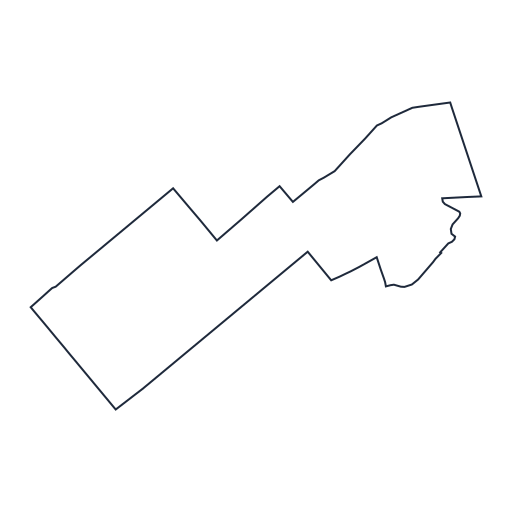 the district of Poroschia, Teleorman, Romania
{"feature_id": "2599482B54439114477168", "entity_name": "Poroschia", "entity_type": "district", "adm_level": 2, "iso_a3": "ROU", "parent_name": "Romania", "parent_adm1": "Teleorman", "projection": "albers", "projection_center": [25.313, 43.915], "detail": "fine", "context": "isolated", "style": "outline", "palette": "slate", "viewbox_px": 512, "rotation_deg": 0, "n_neighbors": 0, "source": "geoboundaries", "source_scale": "gbopen_adm2", "svg_char_len": 1131}
<svg xmlns="http://www.w3.org/2000/svg" viewBox="0 0 512 512"><path d="M143.4,388.2L144.2,387.5L307.7,251.7L331.2,280.3L339.7,276.6L345.7,273.7L350.6,271.4L359.1,267.0L369.9,261.0L376.7,257.2L380.7,269.4L384.0,278.7L385.1,282.1L385.9,286.4L390.5,285.2L393.9,284.7L400.9,286.7L404.5,286.9L411.9,284.5L418.1,279.5L433.0,262.2L435.5,258.8L441.2,253.0L440.2,252.3L448.3,243.4L451.9,241.8L454.4,239.3L455.1,236.6L451.5,233.8L450.8,229.0L452.6,224.4L458.1,218.3L459.8,215.7L460.2,213.4L459.3,211.7L444.9,204.1L442.8,201.7L442.2,198.3L467.2,197.0L481.3,196.4L451.9,107.8L450.2,102.5L433.3,104.8L418.8,106.8L412.3,107.8L391.3,117.3L381.7,123.3L376.9,125.5L365.0,138.7L350.0,154.2L334.7,171.1L323.8,177.7L318.8,180.3L314.1,184.3L302.1,194.3L292.9,201.9L279.6,186.2L278.4,187.2L273.4,191.4L267.2,196.6L241.0,219.7L216.9,240.5L200.3,220.4L188.9,207.0L173.1,188.3L113.6,237.8L93.4,254.6L81.0,264.9L76.9,268.4L55.7,286.7L52.2,288.0L49.7,290.2L41.5,297.6L30.7,307.2L33.5,310.6L45.8,325.3L55.9,337.5L64.7,348.0L66.7,350.5L70.0,354.5L72.0,356.9L72.6,357.6L115.7,409.5L133.5,395.8L143.4,388.2Z" fill="none" stroke="#1e293b" stroke-width="2"/></svg>